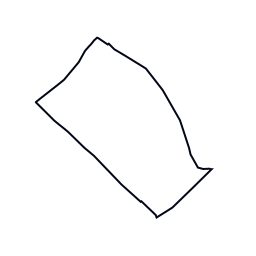 the district of San Bartolomé Quialana, Oaxaca, Mexico, rotated 299°
{"feature_id": "50627088B34817087326537", "entity_name": "San Bartolomé Quialana", "entity_type": "district", "adm_level": 2, "iso_a3": "MEX", "parent_name": "Mexico", "parent_adm1": "Oaxaca", "projection": "mercator", "projection_center": [-96.492, 16.896], "detail": "fine", "context": "isolated", "style": "outline", "palette": "ink", "viewbox_px": 256, "rotation_deg": 299, "n_neighbors": 0, "source": "geoboundaries", "source_scale": "gbopen_adm2", "svg_char_len": 892}
<svg xmlns="http://www.w3.org/2000/svg" viewBox="0 0 256 256"><g transform="rotate(299 128 128)"><path d="M132.5,221.1L132.0,220.1L131.9,219.2L131.3,217.8L130.8,217.3L129.6,215.2L128.6,213.7L127.3,208.3L135.2,195.5L139.9,191.3L159.9,169.8L177.9,140.1L184.7,124.2L185.3,122.8L185.9,121.4L186.6,119.7L187.3,118.1L188.0,116.4L188.3,115.7L188.6,115.0L188.7,114.7L188.7,113.4L188.7,113.0L188.8,112.5L189.8,90.9L190.2,77.9L192.4,70.3L191.2,69.8L192.2,58.4L192.0,57.2L189.7,56.4L188.0,55.8L186.5,55.6L184.2,55.2L182.8,54.9L182.2,54.8L181.0,54.4L179.6,54.1L177.7,53.7L177.3,53.6L176.9,53.5L175.6,53.2L174.0,53.0L161.7,53.0L153.3,51.4L139.3,48.7L134.5,46.8L124.7,42.7L112.2,37.4L106.1,34.9L105.8,35.0L98.7,60.0L97.6,66.0L95.7,76.9L89.5,99.6L87.2,111.6L75.4,149.7L69.6,174.9L70.4,175.2L65.3,194.5L63.6,196.4L79.9,205.4L109.7,214.4L132.5,221.1Z" fill="none" stroke="#020617" stroke-width="2"/></g></svg>